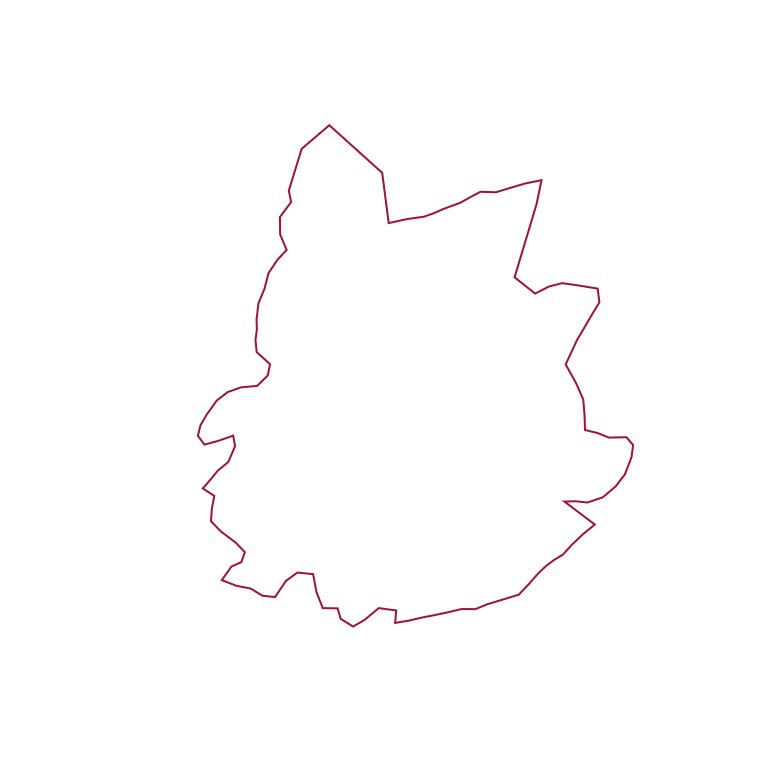 the district of Alcântaras, Ceará, Brazil, rotated 329°
{"feature_id": "56859067B37073586191016", "entity_name": "Alcântaras", "entity_type": "district", "adm_level": 2, "iso_a3": "BRA", "parent_name": "Brazil", "parent_adm1": "Ceará", "projection": "orthographic", "projection_center": [-40.547, -3.584], "detail": "fine", "context": "isolated", "style": "outline", "palette": "rose", "viewbox_px": 768, "rotation_deg": 329, "n_neighbors": 0, "source": "geoboundaries", "source_scale": "gbopen_adm2", "svg_char_len": 1546}
<svg xmlns="http://www.w3.org/2000/svg" viewBox="0 0 768 768"><g transform="rotate(329 384 384)"><path d="M564.4,554.5L549.1,545.7L541.8,536.0L532.6,527.0L539.7,514.3L546.8,499.9L549.1,481.9L549.8,460.8L572.3,445.6L587.1,437.6L598.0,431.6L610.7,424.9L616.3,412.3L598.7,397.4L588.6,389.3L575.5,385.4L560.1,384.3L550.9,359.8L607.5,308.3L624.0,290.4L608.1,284.8L595.9,281.6L578.7,277.3L565.7,268.9L554.1,268.3L542.5,267.9L525.3,264.6L514.8,263.3L504.5,261.2L488.7,254.5L470.9,248.5L491.2,202.1L470.4,134.0L434.6,140.0L402.0,169.2L398.1,180.2L380.8,187.3L372.0,202.3L369.6,218.9L356.5,222.7L342.2,229.4L330.6,240.8L317.9,250.2L308.1,262.9L302.9,272.1L296.5,280.1L291.3,291.1L296.5,308.3L288.8,316.8L274.4,320.3L259.6,313.2L245.7,310.4L231.9,312.1L216.1,319.0L205.5,324.8L197.8,332.5L198.9,343.5L212.8,347.4L228.1,350.6L224.4,360.5L210.5,370.6L196.8,372.7L186.5,376.4L174.9,380.2L180.9,392.5L172.1,402.4L165.0,412.5L168.2,426.2L175.3,443.9L178.1,456.5L170.0,463.2L159.2,461.9L144.0,468.6L153.4,480.8L164.4,490.7L170.8,502.9L180.9,510.5L198.5,502.3L212.6,501.0L225.3,510.5L218.9,527.7L216.1,544.6L228.7,552.4L225.9,562.9L232.6,576.0L245.9,576.2L264.1,573.4L277.8,584.4L270.5,594.5L282.8,599.4L297.6,604.2L307.9,608.0L319.7,612.1L334.5,616.8L346.5,624.1L358.7,625.9L375.8,630.2L391.1,634.0L406.5,629.7L419.2,625.6L429.0,623.5L439.1,622.4L449.4,622.4L462.1,618.6L476.9,615.3L492.3,613.0L478.1,577.7L488.0,583.3L497.4,590.4L513.3,593.8L529.8,591.1L544.0,585.5L558.6,574.1L566.1,564.6L564.4,554.5Z" fill="none" stroke="#9f1239" stroke-width="2"/></g></svg>